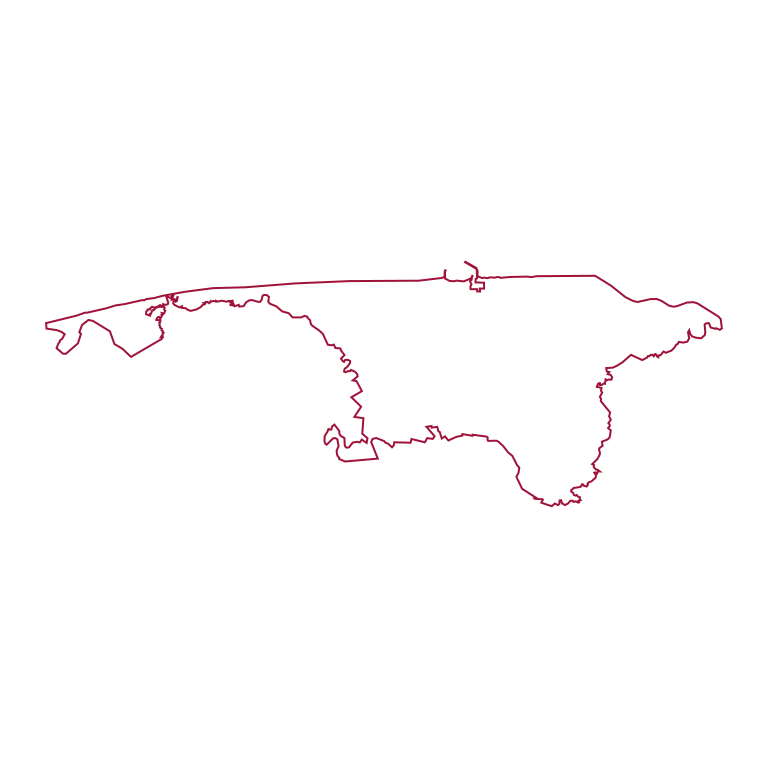 the district of Paraíso, Tabasco, Mexico
{"feature_id": "50627088B65754879428970", "entity_name": "Paraíso", "entity_type": "district", "adm_level": 2, "iso_a3": "MEX", "parent_name": "Mexico", "parent_adm1": "Tabasco", "projection": "mercator", "projection_center": [-93.279, 18.362], "detail": "fine", "context": "isolated", "style": "outline", "palette": "rose", "viewbox_px": 768, "rotation_deg": 0, "n_neighbors": 0, "source": "geoboundaries", "source_scale": "gbopen_adm2", "svg_char_len": 6094}
<svg xmlns="http://www.w3.org/2000/svg" viewBox="0 0 768 768"><path d="M595.2,275.8L536.6,276.2L531.5,277.1L527.3,276.6L509.7,277.0L500.5,277.9L499.3,277.1L497.1,277.0L495.4,277.6L489.5,277.4L487.7,278.2L483.7,277.6L482.5,278.1L478.3,276.6L477.5,275.5L477.5,270.7L476.2,267.9L465.3,261.8L465.0,262.2L476.2,268.7L476.8,269.7L477.0,278.3L475.6,279.1L475.5,282.4L484.0,282.7L484.1,288.6L480.0,288.5L480.1,291.5L477.2,291.4L477.3,289.2L470.7,289.2L470.4,288.6L470.6,285.8L471.5,284.5L470.0,281.2L471.5,279.9L472.6,274.9L471.8,277.3L470.2,278.7L463.8,281.4L456.5,280.6L454.5,281.2L449.7,281.0L445.1,278.5L445.0,271.5L445.6,270.5L445.2,270.3L444.6,271.9L444.6,276.8L441.6,278.0L418.6,280.7L349.0,281.1L295.4,283.4L245.2,287.3L213.4,288.1L185.6,291.7L162.6,295.8L154.0,298.1L146.2,299.1L144.2,300.3L142.3,300.1L124.6,304.1L115.7,305.4L106.3,308.3L87.1,312.7L85.2,312.6L76.4,315.7L46.1,323.1L46.5,328.6L56.7,330.1L61.5,331.9L64.7,334.2L62.2,338.8L59.8,340.6L59.7,342.0L58.4,343.4L56.6,348.2L62.9,353.6L65.9,353.8L77.9,343.4L81.0,333.9L79.3,332.2L82.1,324.9L88.4,320.0L92.9,320.9L109.9,331.3L114.4,344.0L122.5,348.8L131.0,356.9L161.6,339.0L161.6,338.0L162.9,337.4L162.6,336.1L161.2,336.6L163.7,332.7L163.2,332.1L162.7,332.5L162.7,331.0L161.5,330.3L161.9,328.8L160.1,327.6L160.1,326.1L159.3,325.5L159.8,323.4L159.3,322.8L160.3,321.7L160.4,319.6L159.8,319.4L159.0,320.3L156.3,319.9L156.8,318.3L158.2,317.0L159.6,317.1L160.2,318.1L161.3,317.3L161.9,315.7L161.5,314.8L162.8,314.4L162.0,313.1L163.8,313.5L164.6,312.4L165.2,310.6L164.1,309.6L164.7,307.5L163.5,306.7L161.7,307.1L160.7,306.5L156.0,307.6L153.6,310.3L152.3,310.2L150.9,313.8L150.0,313.9L150.1,315.6L146.1,314.3L146.2,311.5L147.6,310.4L147.7,309.5L150.1,309.3L150.2,308.3L152.1,306.7L153.9,307.7L159.1,306.3L158.6,306.0L160.1,305.1L161.6,305.8L163.1,305.4L163.2,304.1L164.8,304.9L167.7,304.3L168.3,302.8L166.4,296.9L168.1,296.9L171.0,298.2L171.6,295.8L173.3,295.8L171.9,299.5L173.3,298.9L176.2,299.9L177.8,296.2L177.0,300.9L175.5,301.7L173.6,300.0L173.2,303.3L174.3,304.8L179.4,307.4L182.0,306.3L181.8,307.9L186.0,308.3L187.2,309.6L190.7,310.9L196.3,309.5L200.4,307.3L202.9,304.8L204.4,304.4L203.6,303.1L205.5,303.2L205.5,302.1L207.4,301.9L209.3,303.2L210.7,301.1L211.3,301.6L213.5,300.9L215.8,301.6L216.0,300.8L217.5,301.6L221.8,300.7L226.6,301.7L228.9,300.8L229.3,301.4L232.6,300.6L233.3,300.8L230.7,301.4L230.5,302.1L231.8,302.1L231.3,302.6L231.8,303.3L232.8,302.7L233.6,304.1L230.4,304.6L230.6,305.2L232.9,305.3L234.6,306.3L238.7,304.8L239.2,306.5L243.6,306.2L246.2,302.2L249.4,300.3L252.2,300.1L258.3,301.9L260.3,301.7L261.8,299.4L262.5,296.0L263.9,294.9L266.8,295.1L268.9,296.8L268.3,301.7L269.7,303.6L276.4,306.4L282.2,311.4L288.7,313.2L292.6,317.4L301.0,317.4L304.6,315.9L307.3,316.7L307.8,318.1L310.1,320.2L310.8,323.9L312.1,325.6L318.8,330.2L322.9,333.9L327.8,344.7L331.6,345.3L333.9,344.6L335.4,348.0L340.4,348.5L341.1,350.6L344.5,355.1L341.0,358.6L342.8,361.2L344.0,361.9L345.2,359.9L348.0,359.9L350.1,361.0L350.1,363.0L347.4,366.7L344.6,368.9L344.0,371.5L345.6,372.2L348.2,371.1L350.1,371.2L351.0,369.9L355.1,371.8L357.0,373.9L357.7,376.3L352.8,380.4L356.5,381.1L361.9,391.1L351.4,397.2L361.1,406.7L354.4,416.9L363.4,418.2L362.3,433.8L367.5,438.2L366.6,442.9L361.8,439.6L359.8,442.4L357.3,441.8L352.7,442.6L349.2,447.1L347.6,447.7L345.8,447.3L344.8,445.4L344.4,438.1L340.5,435.7L339.3,433.4L339.3,431.0L334.4,424.6L332.1,426.4L331.4,429.5L330.0,429.7L328.9,429.0L328.1,429.4L327.7,431.2L324.7,436.2L324.5,441.6L325.4,443.8L326.7,444.7L333.0,438.4L335.4,438.1L337.3,439.3L338.6,446.1L336.7,450.5L336.7,452.1L337.3,455.5L339.2,457.8L339.1,458.9L345.1,461.5L377.8,458.6L371.2,442.1L372.4,439.1L375.2,438.2L376.5,438.1L384.4,441.2L385.3,442.6L388.0,443.6L392.0,447.3L393.8,445.3L394.2,442.3L410.6,442.7L411.5,439.0L424.8,442.3L427.3,438.1L432.8,438.9L434.6,436.2L426.5,426.8L431.5,426.0L431.7,427.6L437.2,426.9L438.5,431.4L439.7,431.9L441.8,438.5L445.0,436.4L448.4,440.5L456.2,436.9L462.3,435.6L462.4,434.1L472.5,435.8L472.6,434.7L486.5,436.6L487.7,437.5L487.5,439.8L488.2,440.9L496.4,440.7L498.5,441.7L503.2,446.1L508.2,452.5L512.3,455.8L517.0,465.0L519.3,467.7L518.5,472.9L516.4,476.8L522.1,488.8L536.0,497.7L534.3,498.3L534.9,498.8L542.6,499.3L542.9,499.7L541.3,502.7L551.8,506.2L554.8,503.5L558.0,505.1L559.5,503.8L559.4,501.7L560.4,501.2L559.9,500.4L561.1,500.2L562.2,503.5L565.0,505.1L568.0,503.5L570.4,500.8L572.7,500.7L573.1,501.7L574.1,501.9L575.7,501.2L578.1,502.6L579.0,502.3L578.6,500.8L580.6,500.2L579.7,499.3L579.9,497.3L577.8,496.5L576.8,495.0L575.3,495.6L573.9,494.9L573.2,492.9L571.2,491.5L571.1,490.3L573.7,488.0L580.5,486.9L582.2,484.2L583.3,484.6L583.5,485.6L586.6,486.5L587.9,485.0L587.4,483.9L588.8,482.3L591.4,481.4L595.6,477.7L596.1,475.5L594.3,472.7L595.4,472.4L597.2,473.4L597.9,471.3L599.7,471.4L597.5,469.7L596.0,469.6L593.7,467.0L594.0,465.0L592.2,464.1L597.3,459.2L599.5,455.1L600.0,453.2L599.0,449.2L599.5,448.1L602.6,445.7L601.9,441.7L607.7,439.4L609.7,437.2L610.8,430.4L608.1,428.0L609.8,426.0L609.6,424.5L608.4,423.1L610.8,419.8L609.1,416.3L610.1,412.5L600.8,401.1L601.1,399.0L599.9,396.7L602.2,392.7L601.0,390.7L601.5,387.9L596.8,386.9L598.1,383.7L599.0,383.1L600.0,383.2L599.9,385.0L602.0,384.9L603.5,383.5L605.0,383.8L605.6,379.4L606.9,380.3L608.5,379.5L611.4,379.7L612.2,377.3L610.6,374.9L607.7,374.1L609.3,372.1L606.8,371.5L606.2,368.1L613.0,367.6L617.0,365.7L622.5,362.3L631.0,354.8L642.3,360.1L647.0,357.6L648.0,356.0L649.5,356.1L650.7,354.8L652.6,354.8L653.6,356.2L654.9,354.2L655.7,354.1L656.8,356.3L658.3,357.2L658.4,355.4L660.5,355.2L663.6,351.5L665.8,352.8L671.4,350.6L674.3,347.8L676.1,344.8L678.0,343.7L678.8,341.9L683.3,342.6L687.3,341.7L689.2,338.4L688.0,332.3L689.2,330.2L690.3,334.1L692.1,336.4L695.6,337.6L701.2,338.3L704.8,335.1L705.3,332.1L704.6,324.5L706.2,323.3L709.0,323.2L710.7,327.5L715.4,328.8L716.0,328.2L719.8,329.8L721.9,328.4L720.7,319.1L718.5,316.6L697.3,303.3L693.5,302.2L687.1,302.5L676.8,306.2L673.7,306.7L669.3,305.8L661.5,300.9L656.8,299.0L650.6,299.1L637.5,302.0L633.2,301.0L625.5,297.2L611.2,285.8L595.2,275.8Z" fill="none" stroke="#9f1239" stroke-width="2"/></svg>